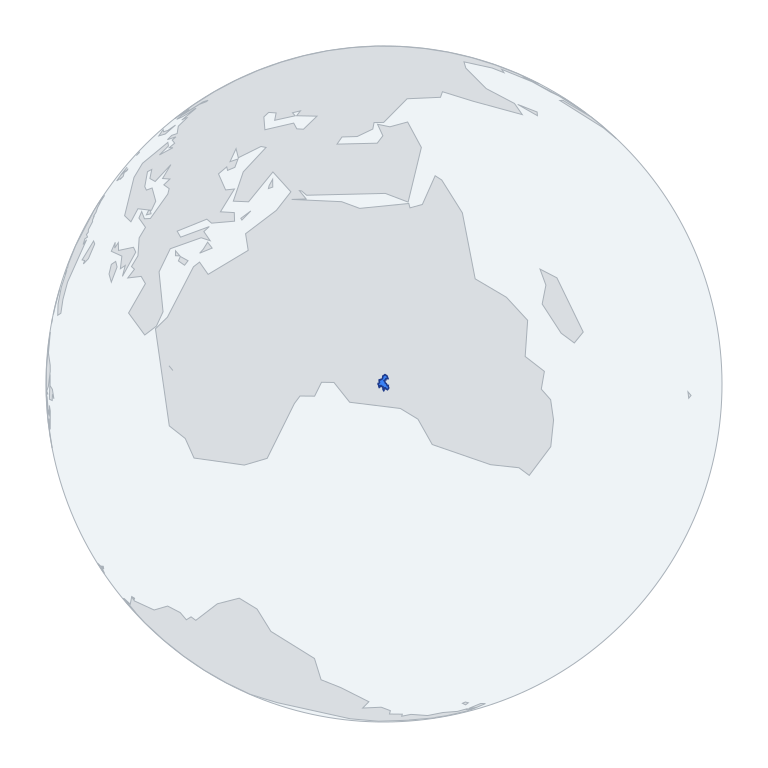 Pool highlighted on a globe, orthographic projection, rotated 308°
{"feature_id": "COG-3341", "entity_name": "Pool", "entity_type": "Region", "adm_level": 1, "iso_a3": "COG", "parent_name": "Republic of the Congo", "parent_adm1": "", "projection": "orthographic", "projection_center": [14.821, -3.811], "detail": "fine", "context": "on_globe", "style": "filled", "palette": "blue", "viewbox_px": 768, "rotation_deg": 308, "n_neighbors": 0, "source": "natural_earth", "source_scale": "10m", "svg_char_len": 8889}
<svg xmlns="http://www.w3.org/2000/svg" viewBox="0 0 768 768"><g transform="rotate(308 384 384)"><circle cx="384" cy="384" r="338" fill="#eef3f6" stroke="#a8b0b8"/><path d="M209.9,94.4L207.5,95.9L219.6,89.0L201.8,100.5L193.4,109.3L188.5,113.2L175.4,121.0L170.4,122.7L153.4,137.0L166.8,126.1L154.3,137.6L153.3,139.3L155.4,138.2L161.1,133.5L157.3,137.6L142.7,148.9L145.8,145.3L150.5,141.4L148.0,142.8L138.0,152.4L132.5,158.5L129.2,162.0L147.3,142.8L166.9,125.1L187.8,108.9L209.9,94.4ZM52.7,317.7L54.6,310.1L50.9,329.5L55.0,311.0L54.3,319.6L60.9,316.2L59.4,320.9L64.4,342.0L75.8,350.2L78.4,364.2L76.5,373.4L81.7,375.3L81.9,381.2L108.2,388.0L126.1,401.8L128.5,422.5L119.4,447.2L124.9,498.2L112.2,516.5L118.2,537.1L124.3,567.7L115.5,566.7L127.6,580.8L130.5,590.1L127.3,591.5L135.1,601.7L133.1,602.5L140.3,608.7L149.6,622.5L161.4,632.7L171.3,643.5L179.1,649.3L178.3,649.4L180.7,651.9L185.1,655.2L177.2,650.6L160.9,637.3L153.3,630.1L152.0,629.3L134.6,610.6L137.8,614.7L114.8,587.2L99.4,563.5L67.2,496.1L62.2,483.2L57.1,469.6L56.8,468.3L51.4,443.6L47.8,418.5L46.2,393.2L46.5,367.9L48.6,342.7L52.7,317.7ZM194.6,660.7L179.9,652.6L186.2,656.1L180.3,650.4L191.8,656.9L194.6,660.7ZM181.4,645.8L180.7,642.4L183.5,643.9L184.7,646.7L181.4,645.8ZM716.1,321.6L711.6,304.0L715.9,327.7L720.2,350.8L721.8,376.2L720.9,366.4L718.6,344.2L716.7,335.8L713.4,314.8L704.4,283.0L703.2,286.9L699.6,274.7L687.1,248.7L683.3,254.0L679.7,282.7L685.4,314.1L681.4,327.1L661.6,279.9L650.3,250.1L644.7,252.0L623.0,226.6L589.9,222.7L583.9,215.2L578.0,218.2L562.5,210.5L552.8,198.8L544.1,199.3L569.6,230.4L578.9,230.3L584.7,219.0L590.3,230.3L605.0,241.3L593.4,267.8L542.2,291.0L535.0,267.7L485.1,206.8L485.4,200.3L485.1,199.6L484.3,198.3L481.9,208.7L472.6,197.6L501.6,238.4L507.4,256.7L541.5,292.4L538.8,296.0L549.1,303.7L579.6,296.1L580.3,303.9L567.1,340.4L523.0,391.1L527.7,427.1L522.6,458.0L492.6,478.3L492.7,502.6L476.8,511.1L474.2,525.0L460.0,539.8L437.3,554.0L401.4,554.7L401.1,541.9L386.0,517.6L366.0,459.3L377.2,432.4L374.8,412.0L348.5,368.2L354.4,343.6L346.9,333.7L331.7,336.8L322.8,325.2L313.4,325.4L253.5,337.7L234.1,323.8L208.7,279.9L218.7,260.9L218.8,240.6L286.8,169.9L303.3,172.2L359.1,161.7L366.5,163.6L362.1,177.9L405.7,194.7L417.2,182.4L454.6,192.3L478.1,192.3L482.7,165.9L444.2,165.1L435.3,152.7L464.5,142.5L497.8,145.4L495.4,140.8L472.6,129.9L478.4,122.5L464.4,125.8L471.5,130.4L462.9,133.1L456.0,129.2L458.3,126.4L447.7,124.2L439.4,139.7L445.6,146.1L419.0,149.1L426.9,160.5L420.3,166.0L404.6,149.1L404.8,142.9L377.1,126.9L374.5,133.3L400.5,149.4L393.2,148.2L389.9,158.8L386.7,149.9L359.0,132.3L333.9,137.7L304.9,165.4L289.5,169.0L275.3,165.3L282.7,139.0L316.2,134.2L319.3,126.4L309.8,116.8L320.8,116.7L321.1,112.7L333.5,111.2L348.4,101.1L360.6,99.6L363.9,88.7L370.7,86.9L366.7,93.5L370.6,98.0L400.6,96.7L405.7,94.4L405.4,87.9L413.7,89.1L409.6,83.0L425.7,81.0L402.7,79.0L401.8,73.0L410.1,68.9L405.7,66.9L392.2,74.0L390.5,77.4L395.7,80.6L387.5,91.6L377.7,93.8L370.6,82.2L356.0,84.7L356.9,76.0L392.9,59.8L409.2,57.8L441.3,64.9L438.9,67.6L426.2,66.0L440.3,72.2L438.0,69.3L444.9,70.8L445.8,66.9L450.7,67.9L443.2,62.9L449.3,63.7L454.0,66.8L460.5,63.2L472.6,64.9L471.7,63.8L467.4,62.1L485.6,66.2L484.1,65.3L477.6,63.4L470.4,60.6L464.9,57.7L471.5,59.3L474.4,60.5L490.4,66.2L497.1,70.2L499.3,70.7L495.0,67.7L475.5,60.6L470.2,58.5L480.0,61.4L476.0,60.2L475.5,59.7L481.2,61.0L470.7,57.9L464.2,55.7L487.5,62.3L510.2,70.5L532.3,80.4L553.7,91.8L574.1,104.7L593.6,119.0L612.1,134.6L629.3,151.6L645.3,169.7L660.0,189.0L673.2,209.2L685.0,230.4L695.2,252.3L703.8,274.9L710.8,298.0L716.1,321.6ZM266.0,203.3L264.7,209.2L264.7,209.3L266.0,203.3ZM535.2,163.7L553.8,166.3L541.6,150.0L547.8,150.0L541.4,144.9L540.7,148.9L524.5,135.5L531.2,132.1L527.0,125.9L520.5,124.9L511.0,133.6L534.0,152.2L531.4,158.2L535.2,163.7ZM61.2,315.9L61.6,319.4L60.1,319.9L61.2,315.9ZM66.8,273.9L67.5,275.0L65.6,277.1L66.8,273.9ZM63.5,276.9L64.3,275.0L66.5,268.4L66.0,273.8L62.6,280.6L63.1,278.1L63.5,276.9ZM155.2,136.9L156.3,136.1L157.3,136.1L154.5,138.3L155.2,136.9ZM175.6,126.0L169.1,133.0L171.8,129.0L166.7,132.7L166.0,129.7L186.0,115.0L177.1,121.9L175.6,126.0ZM170.6,123.1L168.8,125.7L170.0,123.5L170.6,123.1ZM310.4,95.5L315.4,97.1L311.9,101.6L296.4,106.4L301.4,99.6L310.4,95.5ZM323.4,98.7L320.7,87.4L330.2,85.0L325.3,88.1L331.8,87.6L325.8,92.6L337.5,102.4L335.1,107.2L307.8,111.6L318.1,107.1L312.5,105.3L323.4,98.7ZM297.0,72.1L295.9,69.7L317.9,67.1L316.3,69.8L300.8,73.9L293.5,73.2L297.0,72.1ZM258.9,70.1L254.8,71.9L243.9,76.6L247.3,74.9L258.9,70.1ZM244.5,76.2L235.2,80.7L235.4,80.5L244.5,76.2ZM231.9,82.2L227.0,84.8L229.5,83.5L231.9,82.2ZM341.2,48.8L341.8,48.7L344.3,48.4L350.6,47.7L355.4,47.3L359.1,47.2L350.6,47.9L360.7,47.7L351.0,48.6L352.8,48.6L346.6,49.7L342.2,51.3L337.5,51.8L337.8,52.3L333.7,53.4L332.6,54.4L323.7,56.0L321.6,57.5L318.6,57.5L317.3,59.9L314.3,58.9L308.7,61.0L314.6,60.8L269.5,71.9L253.0,78.9L240.8,85.8L237.3,84.6L246.4,77.9L261.9,70.0L278.3,64.1L273.7,65.2L280.2,62.9L281.1,63.0L283.6,61.6L289.3,59.9L303.0,55.9L341.2,48.8ZM373.6,158.2L379.0,158.6L387.2,157.7L385.3,164.9L373.6,158.2ZM354.4,146.2L359.1,145.0L360.5,153.7L354.8,153.7L354.4,146.2ZM360.6,137.7L359.3,144.3L356.7,140.7L360.6,137.7ZM371.0,92.6L375.9,91.6L376.9,93.1L374.7,95.6L371.0,92.6ZM387.1,50.6L382.6,50.1L383.8,49.8L379.4,48.3L386.2,48.0L391.6,48.8L387.1,50.6ZM476.8,170.2L470.7,175.1L466.8,172.6L469.7,171.3L476.8,170.2ZM426.4,169.2L438.4,172.5L425.7,171.1L426.4,169.2ZM393.8,50.1L391.2,49.3L396.2,49.7L393.8,50.1ZM391.0,47.9L396.7,48.1L386.5,47.9L391.0,47.9ZM565.0,628.3L564.0,633.0L560.4,632.9L565.0,628.3ZM574.1,454.9L547.6,509.0L533.5,508.7L533.1,492.3L544.4,459.4L561.6,450.7L570.6,436.2L574.1,454.9ZM720.4,416.0L720.9,399.1L715.7,348.1L717.7,350.3L721.9,383.0L721.8,387.6L721.7,396.1L720.4,416.0ZM686.6,317.2L692.6,337.2L689.9,339.7L686.6,317.2ZM448.5,53.3L447.1,55.0L450.6,57.5L459.7,60.3L446.3,57.7L440.9,53.8L448.5,53.3ZM416.6,48.3L415.7,48.7L411.6,48.2L416.6,48.3Z" fill="#d9dde1" stroke="#a8b0b8" stroke-width="1"/><path d="M392.0,378.9L392.1,379.1L392.0,379.4L392.1,379.7L392.0,380.0L392.1,380.4L392.1,380.6L392.1,380.8L392.3,380.9L392.3,381.1L392.2,381.2L392.2,381.4L391.9,381.9L391.8,382.2L391.6,382.4L391.3,382.9L391.0,383.4L391.0,383.5L390.9,383.6L390.8,383.9L390.7,384.0L390.6,383.9L390.4,383.6L390.4,383.4L390.3,383.2L390.1,382.9L389.9,382.6L389.8,382.4L389.5,382.3L389.2,382.2L388.9,382.4L388.8,382.6L388.6,382.9L388.5,383.0L388.3,383.0L388.1,382.8L387.9,382.5L387.8,382.4L387.6,382.2L387.4,382.1L387.0,382.0L386.8,381.9L386.7,381.9L386.6,382.1L386.5,382.4L386.5,382.8L386.4,383.2L386.3,383.6L386.1,383.8L385.8,384.0L385.6,384.3L385.6,384.6L385.7,385.0L385.7,385.3L385.7,385.7L385.5,386.0L385.3,386.4L385.2,386.7L385.0,387.0L384.8,387.3L385.0,387.5L385.3,387.9L385.5,388.2L385.2,388.3L385.1,388.5L384.6,388.9L384.2,389.7L384.1,389.8L384.0,390.0L383.7,390.1L383.3,390.4L383.1,390.4L382.9,390.4L382.7,390.3L382.5,390.2L382.4,390.2L382.2,390.1L381.9,390.1L381.8,390.3L381.7,390.3L381.5,390.2L381.6,389.7L381.5,389.4L381.6,389.1L381.4,388.9L381.3,388.6L381.2,388.5L381.2,388.4L381.3,388.3L381.4,388.2L381.6,388.2L381.8,387.9L381.9,387.6L381.7,387.5L381.6,387.3L381.5,387.2L381.4,387.1L381.5,387.0L381.5,386.9L381.4,386.8L381.1,386.9L380.8,387.0L380.7,387.0L380.3,387.3L380.0,387.4L379.5,387.5L379.3,387.6L379.1,387.8L378.9,388.0L378.6,388.0L378.7,387.8L378.7,387.7L378.8,387.6L378.9,387.4L378.9,387.0L378.9,386.8L379.0,386.8L379.0,386.7L379.3,386.6L379.5,386.5L379.6,386.3L379.7,386.2L379.8,386.2L380.0,386.2L380.1,385.9L380.0,385.7L380.5,385.3L380.5,385.2L380.8,385.2L381.1,385.2L381.3,384.9L381.3,384.7L381.2,384.4L380.9,384.2L380.7,383.7L380.4,383.3L380.4,383.2L380.5,383.2L380.8,383.0L381.0,383.0L381.0,382.9L380.9,382.9L380.8,382.6L380.8,382.4L380.7,382.3L380.6,382.2L380.4,382.1L380.2,382.0L380.1,381.9L379.9,382.0L379.7,382.2L379.4,382.6L379.1,382.6L378.9,382.6L378.6,382.5L378.3,382.4L378.4,382.2L378.5,382.2L378.6,381.9L378.7,381.7L378.8,381.5L379.0,381.4L379.2,381.2L379.3,381.1L379.4,380.9L379.5,380.8L379.6,380.7L379.8,380.5L379.8,380.4L379.9,380.2L380.0,379.9L380.1,379.5L380.3,379.4L380.7,379.1L380.8,379.3L381.0,379.4L381.4,379.4L381.5,379.4L381.8,379.5L382.1,379.7L382.3,379.7L382.4,379.4L382.5,379.3L382.6,379.2L382.8,379.0L383.0,378.9L383.2,378.7L383.4,378.5L383.4,378.4L383.5,378.4L383.8,378.2L383.9,377.9L384.1,377.7L384.3,377.6L384.5,377.6L384.6,377.8L384.6,378.0L384.7,378.4L384.7,378.5L384.8,378.6L385.0,378.6L385.3,378.6L385.7,378.6L385.8,378.6L385.9,378.8L385.9,379.0L386.0,379.1L386.3,379.2L386.3,379.3L386.5,379.3L386.8,379.4L387.0,379.3L387.3,379.4L387.8,379.3L387.9,379.2L388.1,379.1L388.3,379.0L388.3,378.9L388.5,378.8L388.7,378.7L388.8,378.7L389.0,378.6L389.1,378.4L389.3,378.3L389.7,378.2L389.8,378.3L389.9,378.2L390.0,378.2L390.1,378.3L390.4,378.4L390.5,378.5L390.8,378.7L390.8,378.8L391.0,378.9L391.3,378.8L391.5,378.8L391.8,378.8L392.0,378.9Z" fill="#3b82f6" stroke="#1e3a8a" stroke-width="1.5"/></g></svg>